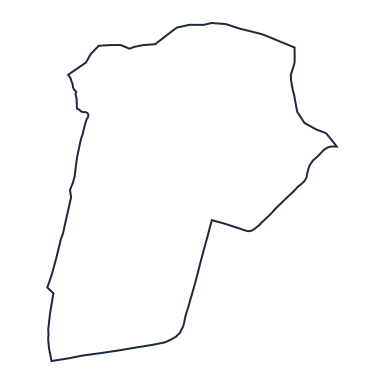 Shubra Al-Khayma 2, Al Qalyubiyah, Egypt (Robinson projection)
{"feature_id": "37247803B84983151070332", "entity_name": "Shubra Al-Khayma 2", "entity_type": "district", "adm_level": 2, "iso_a3": "EGY", "parent_name": "Egypt", "parent_adm1": "Al Qalyubiyah", "projection": "robinson", "projection_center": [31.287, 30.135], "detail": "fine", "context": "isolated", "style": "outline", "palette": "slate", "viewbox_px": 384, "rotation_deg": 0, "n_neighbors": 0, "source": "geoboundaries", "source_scale": "gbopen_adm2", "svg_char_len": 2415}
<svg xmlns="http://www.w3.org/2000/svg" viewBox="0 0 384 384"><path d="M336.7,146.5L331.9,140.4L328.6,136.3L326.1,133.2L323.0,132.0L316.1,129.4L313.9,128.2L309.4,125.7L304.4,122.9L300.2,116.4L297.2,111.7L296.0,105.4L294.6,97.8L294.1,94.8L292.7,89.7L291.4,82.2L291.0,80.1L290.9,74.5L293.4,66.9L294.2,64.2L294.6,62.0L294.7,56.0L294.6,52.7L294.6,47.6L292.8,46.8L284.3,43.3L277.5,40.5L265.6,35.6L263.9,34.9L259.3,33.5L246.1,30.2L240.3,28.8L225.8,24.1L215.3,23.3L211.6,23.0L203.5,24.9L189.5,24.8L181.8,26.5L176.8,27.6L171.7,31.4L165.9,35.9L155.2,44.2L143.2,45.1L137.5,46.2L134.1,46.9L129.6,48.7L120.5,45.0L109.6,45.1L107.8,45.2L98.7,45.8L90.6,54.2L86.0,62.5L69.7,73.7L68.2,74.7L70.7,78.5L71.4,81.1L72.6,84.1L73.0,87.4L74.1,89.6L76.2,91.7L75.5,94.1L76.0,96.3L76.5,98.3L76.7,100.7L76.7,103.2L76.8,105.1L76.9,106.9L77.1,108.8L78.7,109.3L80.9,111.2L82.5,112.1L85.5,112.1L87.2,112.9L88.3,114.5L88.2,116.9L86.7,119.0L84.6,125.9L82.6,134.3L81.3,138.0L80.3,141.9L77.0,157.7L75.7,167.4L74.7,176.2L73.0,182.5L70.0,189.9L71.1,197.2L68.6,208.4L66.2,218.9L62.9,233.8L60.8,239.4L58.4,249.4L56.0,259.2L51.9,274.1L48.9,283.1L48.4,284.3L47.3,287.5L53.5,293.4L52.9,296.1L51.5,304.9L50.0,313.6L48.6,326.6L48.2,329.0L48.5,335.1L48.1,338.6L48.5,342.6L49.0,348.2L51.5,361.0L58.7,359.9L69.9,358.1L82.7,355.5L100.9,353.1L107.4,352.1L116.9,350.7L122.4,349.8L136.5,347.4L151.6,345.0L164.2,342.5L166.4,341.7L171.3,339.4L173.6,338.1L176.3,336.5L176.7,336.0L178.0,334.6L179.7,333.2L180.8,330.8L180.8,330.7L182.5,327.8L183.3,325.9L184.1,322.9L184.6,320.4L185.3,317.0L186.3,313.3L186.8,311.5L188.5,306.5L190.3,299.8L193.1,290.2L195.7,281.0L198.2,271.4L199.5,266.0L202.4,255.1L207.9,235.0L210.2,226.2L211.9,220.2L223.4,223.3L240.4,228.8L243.8,230.0L247.5,231.1L248.9,231.1L249.4,231.1L251.2,230.8L252.8,230.0L255.4,228.2L258.0,226.1L259.7,224.7L261.3,222.9L262.7,221.5L264.3,220.1L265.5,219.0L268.2,216.5L269.6,215.0L271.1,213.6L272.7,211.8L274.9,209.3L278.8,205.4L280.8,203.6L283.4,201.0L284.6,199.9L286.9,197.6L288.4,196.2L290.5,194.3L291.6,193.2L293.7,191.3L296.6,188.1L297.0,187.7L297.5,187.1L299.2,185.6L300.7,184.6L302.5,183.0L304.4,181.1L306.5,177.8L307.0,174.7L307.4,172.8L308.3,169.0L309.4,165.9L310.5,164.0L311.7,162.3L312.6,161.0L313.7,159.8L315.4,158.4L317.5,156.5L319.3,154.7L321.7,152.1L323.7,150.1L325.5,148.7L327.5,147.6L329.4,146.9L331.9,146.5L333.3,146.5L336.5,146.5L336.7,146.5Z" fill="none" stroke="#1e293b" stroke-width="2"/></svg>